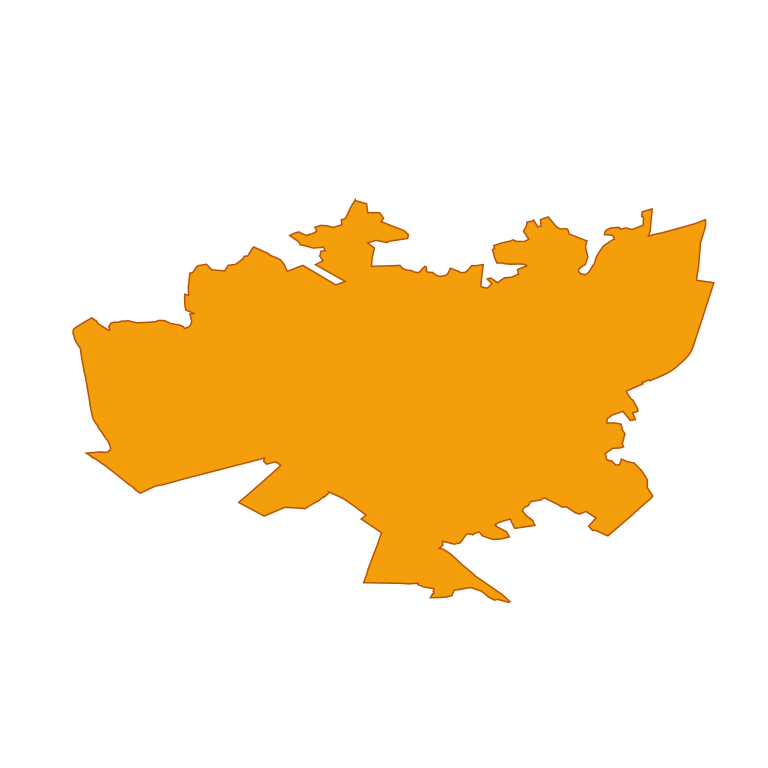 Lazdonas pag., Madona, Latvia, rotated 187°
{"feature_id": "27541924B23480282117113", "entity_name": "Lazdonas pag.", "entity_type": "district", "adm_level": 2, "iso_a3": "LVA", "parent_name": "Latvia", "parent_adm1": "Madona", "projection": "equal_earth", "projection_center": [26.196, 56.824], "detail": "fine", "context": "isolated", "style": "filled", "palette": "amber", "viewbox_px": 768, "rotation_deg": 187, "n_neighbors": 0, "source": "geoboundaries", "source_scale": "gbopen_adm2", "svg_char_len": 6151}
<svg xmlns="http://www.w3.org/2000/svg" viewBox="0 0 768 768"><g transform="rotate(187 384 384)"><path d="M671.1,279.1L664.4,275.8L664.5,275.6L663.4,275.0L663.1,275.2L658.9,273.2L651.6,269.4L643.6,264.7L623.7,252.5L621.2,251.4L618.6,249.3L612.8,245.8L598.2,255.0L590.2,257.5L573.5,264.4L561.5,269.2L493.6,295.9L494.0,292.6L490.8,290.1L482.3,293.6L476.5,290.6L489.9,275.2L503.4,260.1L513.8,248.7L486.8,238.3L467.6,249.4L453.3,250.5L447.2,250.6L441.0,255.7L438.6,257.3L434.5,260.3L430.5,264.5L429.7,264.2L426.7,267.6L425.2,269.5L425.7,270.1L414.0,266.6L408.6,264.5L397.2,258.3L385.8,251.7L390.2,247.2L368.3,236.1L369.8,229.4L370.7,224.7L375.9,204.0L377.2,198.4L377.9,193.3L379.1,188.4L380.0,184.3L342.0,188.3L335.3,188.6L325.9,190.4L326.0,189.1L321.4,187.7L316.1,187.2L312.8,187.2L312.0,187.1L309.5,187.0L309.9,184.2L309.3,184.0L309.1,181.9L310.2,181.8L310.7,180.4L312.0,177.5L300.6,179.2L296.2,180.2L290.8,182.2L289.3,187.8L282.2,189.8L275.7,191.9L272.3,192.4L262.9,190.4L262.6,190.6L253.6,185.0L252.2,184.4L247.9,183.0L244.8,184.1L234.2,182.5L232.4,183.2L237.4,186.9L241.9,189.9L269.6,204.3L271.4,205.7L280.3,211.6L283.3,213.4L294.5,221.5L298.6,224.2L305.0,227.2L308.5,227.7L309.1,227.6L305.8,231.2L306.8,235.1L294.9,233.6L288.9,235.7L283.5,245.5L280.8,245.6L277.1,245.2L277.1,245.6L274.2,247.7L271.2,248.6L269.0,246.3L267.1,245.0L256.7,243.0L247.8,244.7L241.0,247.5L244.3,252.2L255.9,256.7L255.4,257.4L256.6,258.1L252.3,261.0L242.1,265.4L240.6,262.4L237.2,257.6L236.4,256.7L216.9,262.1L217.8,262.9L219.6,266.6L226.5,270.5L231.3,275.1L230.2,278.1L226.0,280.8L224.1,285.1L214.4,288.0L211.0,290.5L195.0,285.0L194.2,284.1L192.4,283.7L191.0,283.7L187.9,284.3L178.3,279.4L174.2,278.9L174.2,278.7L168.1,282.1L157.2,276.9L163.6,267.8L159.1,264.0L156.6,264.6L143.3,260.5L123.2,282.6L113.0,294.4L105.9,302.1L103.6,305.5L110.1,313.4L110.8,320.6L114.6,325.8L118.0,329.5L125.9,336.0L133.1,336.6L139.3,338.4L140.2,332.7L143.9,331.7L148.4,335.3L153.6,335.9L156.0,341.9L149.1,348.0L141.6,349.4L138.5,350.9L140.2,353.4L138.8,363.9L141.9,367.7L143.7,373.0L149.0,373.5L158.2,372.6L158.2,376.8L153.5,381.1L143.5,385.9L135.1,377.8L130.1,379.4L133.6,385.6L128.7,387.8L128.9,389.7L134.8,398.2L136.8,399.3L137.8,400.3L141.0,403.8L142.8,406.3L127.0,415.7L128.1,416.6L121.7,420.4L120.6,419.5L108.3,426.6L104.7,428.9L101.6,431.2L97.2,435.1L94.7,437.9L89.2,444.2L87.4,446.5L85.4,449.5L83.8,452.5L82.4,456.3L81.4,460.4L79.5,470.3L68.9,524.8L80.0,524.9L86.6,525.1L86.1,538.6L86.7,555.4L87.2,562.3L85.1,573.4L84.6,576.0L84.1,581.1L85.0,586.3L94.8,581.1L109.9,574.7L128.7,567.1L130.8,566.6L139.6,563.1L138.4,568.4L138.7,573.9L139.1,590.5L148.7,586.4L148.6,581.5L146.7,581.1L146.2,573.2L156.9,567.5L162.9,568.4L167.8,566.4L169.9,568.2L177.6,566.6L181.3,564.6L183.2,562.0L183.5,559.1L175.3,559.5L173.0,556.2L176.6,553.3L183.0,547.8L186.1,542.0L188.7,536.3L189.8,529.6L194.5,519.8L196.2,517.9L198.3,517.0L202.7,517.6L204.5,519.3L204.8,521.6L200.8,525.7L198.8,526.9L197.2,535.1L200.3,543.2L200.8,546.4L199.9,550.7L218.7,555.5L219.8,559.0L221.8,560.4L227.8,559.4L232.0,561.0L241.4,569.9L248.8,566.2L247.2,560.1L250.6,558.8L255.4,564.9L255.6,564.1L261.8,562.2L261.9,558.3L262.9,555.5L264.3,552.7L257.9,545.3L262.2,542.4L265.7,542.2L270.4,541.7L273.2,542.9L276.3,541.2L284.7,538.2L292.0,534.7L290.6,531.7L292.7,530.7L289.7,523.1L286.6,517.8L280.9,518.6L280.6,518.4L279.8,518.1L275.2,518.2L273.0,518.4L272.7,518.3L271.9,518.4L271.6,518.6L269.5,518.8L268.6,519.0L261.2,519.9L260.1,519.8L258.7,519.9L256.6,518.7L265.4,513.9L263.9,509.4L270.4,505.6L277.5,504.0L283.8,498.4L291.0,502.2L294.4,500.8L289.2,496.7L291.4,493.7L293.4,491.7L298.8,492.2L299.9,493.1L300.1,505.2L300.0,514.6L306.7,512.8L311.6,512.1L314.8,507.0L317.2,504.6L320.7,503.9L323.9,504.9L332.2,507.0L334.1,501.3L335.7,499.6L337.8,498.7L340.4,497.8L343.2,497.7L345.6,498.4L349.5,500.7L353.7,500.3L354.8,500.7L355.8,501.5L356.0,504.5L356.6,505.4L357.9,505.7L362.3,499.8L363.5,498.9L365.4,498.7L367.9,498.9L370.7,499.9L375.5,499.9L378.3,500.4L380.3,501.6L382.7,503.7L388.9,502.6L410.7,499.2L411.2,507.4L410.1,517.9L417.5,522.0L409.5,525.6L397.9,524.8L396.2,526.3L378.3,531.3L377.9,535.2L382.9,538.7L406.7,544.8L404.6,548.4L409.1,553.5L421.0,552.1L423.2,560.7L434.8,562.6L435.0,563.3L436.3,560.4L437.3,558.5L438.9,554.3L441.9,545.0L442.2,544.2L443.4,542.8L445.7,542.2L446.5,541.7L445.2,536.9L453.6,533.2L460.9,534.2L462.6,533.9L465.5,533.9L466.4,533.5L471.6,531.1L471.3,530.9L469.6,527.6L471.2,525.9L474.2,524.2L474.8,524.1L478.8,522.0L482.3,522.7L486.9,524.6L489.3,523.7L492.7,522.0L495.3,520.2L495.7,519.8L486.1,514.8L484.1,511.9L476.9,511.3L471.0,510.3L464.3,511.6L460.8,512.4L458.6,509.2L463.0,507.9L463.0,504.6L463.5,503.3L459.6,498.8L466.5,494.1L448.0,486.4L434.9,481.1L443.9,476.5L479.0,491.9L482.6,490.0L490.5,485.7L494.0,484.3L497.6,490.5L502.1,494.8L506.0,496.1L513.5,498.1L514.1,499.2L530.0,504.2L531.7,501.6L534.7,494.6L538.3,493.7L538.5,493.4L538.9,491.5L539.5,491.0L541.3,489.0L543.5,487.1L545.9,484.6L553.2,482.8L555.9,476.8L568.9,476.4L574.9,481.2L582.9,478.8L584.4,477.3L587.3,471.4L590.2,470.3L590.0,456.0L588.8,448.2L592.7,448.8L592.3,444.4L591.1,437.5L589.7,433.2L585.5,432.1L580.6,430.7L585.2,429.7L582.8,423.7L582.5,422.1L583.5,418.3L585.2,416.7L586.7,415.7L589.0,414.9L590.1,416.5L594.1,417.6L598.5,417.8L602.4,418.0L604.6,418.5L608.8,420.0L610.5,420.2L615.1,419.7L616.6,419.1L617.7,418.3L618.5,418.0L624.1,416.8L635.6,414.8L637.3,414.7L639.0,414.8L646.5,415.7L647.6,415.1L651.8,414.5L655.6,412.8L657.7,412.7L661.2,411.9L662.7,410.8L663.1,409.3L663.7,408.3L664.1,408.0L664.2,407.3L663.7,406.9L663.3,405.9L663.5,405.4L662.8,404.1L664.5,403.9L675.7,409.5L677.4,411.9L677.7,411.7L682.1,414.1L689.5,408.5L697.0,402.5L698.5,400.7L698.8,400.2L699.0,399.4L699.1,398.5L698.6,395.8L697.1,393.0L697.0,392.0L696.9,391.6L695.0,388.5L691.8,384.5L690.7,383.8L689.1,380.4L688.2,376.2L682.8,358.5L682.3,358.0L678.3,345.1L673.7,329.6L673.7,328.9L669.8,317.0L668.9,314.9L668.4,313.8L665.7,310.1L663.7,308.3L662.9,307.3L662.5,306.3L651.6,294.2L650.7,293.0L649.1,290.5L647.7,287.2L647.4,285.3L649.4,283.7L649.8,282.6L654.3,282.1L655.1,281.8L655.6,282.3L671.1,279.1Z" fill="#f59e0b" stroke="#b45309" stroke-width="1.5"/></g></svg>